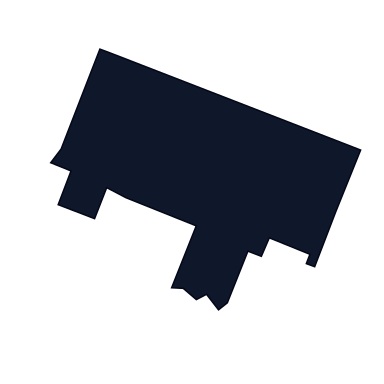 Forest, Pennsylvania, United States of America (orthographic projection), rotated 21°
{"feature_id": "52423323B60692344141753", "entity_name": "Forest", "entity_type": "district", "adm_level": 2, "iso_a3": "USA", "parent_name": "United States of America", "parent_adm1": "Pennsylvania", "projection": "orthographic", "projection_center": [-79.21, 41.475], "detail": "fine", "context": "isolated", "style": "filled", "palette": "ink", "viewbox_px": 384, "rotation_deg": 21, "n_neighbors": 0, "source": "geoboundaries", "source_scale": "gbopen_adm2", "svg_char_len": 460}
<svg xmlns="http://www.w3.org/2000/svg" viewBox="0 0 384 384"><g transform="rotate(21 192 192)"><path d="M334.4,92.4L64.2,91.5L54.8,91.6L54.4,198.8L49.6,215.3L71.5,215.7L71.6,251.8L110.6,251.8L110.8,218.5L132.3,221.0L208.1,222.1L207.3,288.7L218.3,285.1L234.6,290.9L242.2,282.3L259.0,292.5L264.7,282.8L265.4,227.2L279.8,227.2L280.6,207.1L324.4,207.9L324.4,217.9L333.3,217.8L333.3,158.3L334.4,92.4Z" fill="#0f172a" stroke="#020617" stroke-width="1.5"/></g></svg>